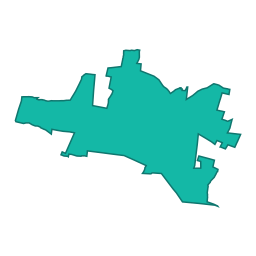 Chocholá, Yucatán, Mexico (Mercator projection)
{"feature_id": "50627088B77263395390231", "entity_name": "Chocholá", "entity_type": "district", "adm_level": 2, "iso_a3": "MEX", "parent_name": "Mexico", "parent_adm1": "Yucatán", "projection": "mercator", "projection_center": [-89.837, 20.727], "detail": "fine", "context": "isolated", "style": "filled", "palette": "teal", "viewbox_px": 256, "rotation_deg": 0, "n_neighbors": 0, "source": "geoboundaries", "source_scale": "gbopen_adm2", "svg_char_len": 4353}
<svg xmlns="http://www.w3.org/2000/svg" viewBox="0 0 256 256"><path d="M240.6,134.4L227.4,132.9L229.9,128.1L230.3,126.4L230.7,124.9L231.0,123.5L231.2,122.8L231.5,121.7L232.0,119.7L232.1,119.4L228.9,120.8L227.9,121.3L227.2,121.1L226.6,120.9L226.2,120.7L225.7,120.5L225.2,120.3L224.0,119.9L223.4,119.7L221.9,119.2L224.4,111.8L221.4,111.1L220.2,110.9L219.5,110.7L218.1,110.4L217.4,110.2L216.9,110.1L218.6,104.5L218.6,104.4L220.1,99.5L220.2,99.4L222.1,92.9L227.7,94.2L229.0,94.5L229.2,93.0L229.4,92.1L229.6,90.8L229.8,89.4L228.5,89.2L227.8,88.9L223.4,88.1L219.0,85.2L217.5,84.7L214.0,83.8L213.6,83.8L207.2,87.8L202.2,89.1L197.7,91.3L195.3,93.4L193.2,95.1L192.9,95.4L186.3,99.5L186.5,97.8L186.9,94.2L187.7,87.0L186.9,87.0L185.3,90.6L182.1,90.4L182.2,89.0L180.6,88.7L180.9,87.8L179.8,87.8L179.6,88.1L175.5,89.7L173.5,91.4L170.4,93.5L169.9,92.8L169.1,91.5L168.1,90.3L167.5,89.5L166.4,88.5L164.0,86.9L163.1,85.9L162.9,85.8L158.9,79.8L154.0,76.2L140.5,70.8L141.1,63.9L136.8,63.4L138.8,59.5L139.4,57.3L139.3,51.7L139.7,50.2L137.2,49.7L134.4,50.6L131.6,50.2L130.0,50.6L126.2,50.3L125.7,50.3L123.7,50.8L123.6,54.0L123.7,54.8L123.6,55.2L123.5,55.7L123.3,56.0L123.3,56.4L123.2,56.7L123.2,57.0L123.2,57.5L123.0,58.2L122.7,59.0L122.7,59.3L122.7,59.5L121.4,65.8L121.2,66.6L120.0,66.7L111.3,67.7L108.0,68.0L106.1,76.0L106.3,76.1L107.4,76.1L108.5,76.3L110.0,76.7L111.2,77.0L109.0,88.2L111.0,89.2L113.0,90.7L112.4,92.7L112.0,93.6L111.9,94.2L111.5,94.4L111.0,95.5L108.6,99.0L108.4,99.6L108.4,100.0L108.5,100.2L108.5,100.5L108.4,101.1L108.4,102.2L108.3,103.0L108.0,104.4L107.6,105.8L107.3,106.5L107.2,107.2L106.9,107.9L106.8,108.3L92.6,105.6L92.6,105.0L93.6,90.5L94.6,79.5L95.0,74.7L92.6,74.5L90.5,74.2L85.9,73.7L85.7,73.9L84.3,74.7L83.8,75.3L83.6,75.3L82.6,76.3L81.9,76.7L81.5,79.2L81.3,79.7L79.3,83.9L75.7,91.1L73.3,95.1L72.4,96.5L70.2,100.2L66.4,100.3L63.6,100.7L61.8,100.7L61.0,100.7L59.4,100.8L58.9,100.8L58.4,100.8L58.1,100.8L57.5,100.8L57.1,100.8L56.3,100.8L55.0,100.8L54.0,100.8L53.4,100.8L52.7,100.8L51.6,100.7L50.7,100.8L49.7,101.0L48.2,101.2L47.9,101.2L46.6,100.9L45.9,100.8L44.4,100.2L43.8,100.0L43.0,99.9L42.7,99.9L42.4,99.7L42.1,99.7L41.8,99.7L41.2,99.6L40.2,99.7L39.7,99.6L39.3,99.9L38.9,99.9L38.7,99.8L38.4,99.7L37.9,99.6L37.6,99.4L36.7,99.1L36.7,98.9L38.0,97.7L35.9,97.7L34.1,97.7L32.8,97.1L32.1,96.9L29.1,96.7L21.9,96.8L21.4,101.0L18.6,109.3L15.4,120.5L15.9,121.7L23.6,123.5L26.0,122.9L29.1,122.9L32.1,124.7L34.3,125.6L35.5,126.0L37.5,126.0L39.9,126.9L40.6,127.7L44.0,129.3L45.5,129.8L51.3,134.1L51.9,129.3L57.7,130.4L63.1,131.3L70.1,131.9L70.3,132.0L74.5,132.8L70.6,141.7L65.5,153.3L62.2,151.9L61.0,154.8L64.0,156.0L67.6,156.3L68.3,156.8L68.9,154.1L71.6,154.4L76.8,156.0L81.1,156.2L81.4,156.1L81.7,155.8L83.3,155.9L83.9,155.7L86.8,156.3L87.4,150.9L101.0,152.6L110.9,153.9L119.7,155.0L119.8,155.0L121.2,155.2L124.0,155.5L134.5,160.2L146.2,165.6L144.9,167.8L144.9,168.4L144.5,169.9L143.7,171.5L143.2,172.4L142.5,173.4L149.9,173.8L151.0,173.8L151.7,173.2L152.0,173.0L152.9,172.9L161.4,173.5L173.2,189.1L176.4,192.9L182.5,201.9L198.8,203.4L215.0,205.2L217.8,206.3L217.6,206.0L213.8,204.2L207.1,201.8L207.2,200.9L207.2,200.4L207.4,199.0L207.4,198.5L207.5,198.0L207.5,197.7L207.6,197.3L207.5,196.7L207.5,195.8L207.4,195.3L207.5,195.1L207.6,194.8L207.5,194.6L207.4,194.1L207.4,193.7L207.2,192.7L207.4,191.8L207.4,191.3L207.5,190.8L207.6,190.1L207.6,189.6L207.7,189.4L207.8,188.6L207.8,187.9L207.9,187.7L208.0,187.3L208.1,186.8L208.1,186.1L207.9,185.6L207.8,185.0L208.3,184.6L208.6,184.0L208.9,183.8L209.1,183.6L209.4,183.1L210.1,182.5L210.2,182.2L210.4,181.5L210.9,180.8L211.0,180.6L211.7,179.9L212.3,179.3L212.7,178.9L213.1,178.4L213.5,178.1L213.7,177.9L214.0,177.5L214.3,177.2L214.6,176.6L214.9,176.0L214.9,175.9L215.2,175.5L215.5,174.9L215.8,174.5L216.0,174.0L216.1,173.7L216.3,173.3L216.4,173.1L216.6,172.8L216.7,172.5L216.8,172.3L217.1,171.7L217.4,171.5L217.6,171.5L218.0,169.4L212.9,166.9L214.4,160.2L208.7,158.6L198.9,156.0L197.4,160.5L200.7,161.4L200.8,166.8L200.7,168.2L193.8,168.2L194.7,165.7L195.9,155.5L197.3,144.0L198.3,133.9L205.1,137.9L211.5,141.8L214.9,144.4L217.0,140.5L222.3,142.7L220.2,146.9L220.3,146.9L225.4,148.9L227.9,144.8L234.8,147.3L236.6,143.3L236.9,142.6L237.1,142.2L237.3,141.9L237.6,141.3L237.8,140.6L238.2,139.9L238.5,139.2L238.8,138.5L239.1,137.8L239.3,137.4L240.6,134.4Z" fill="#14b8a6" stroke="#0f766e" stroke-width="1.5"/></svg>